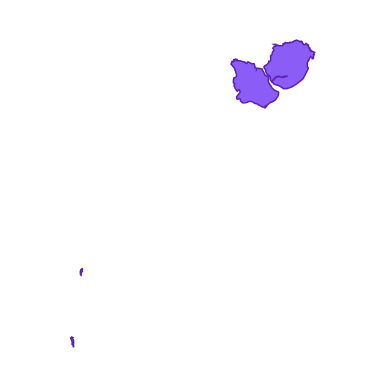 Yangon (South), Yangon, Myanmar, rotated 349°
{"feature_id": "60261553B83294236469928", "entity_name": "Yangon (South)", "entity_type": "district", "adm_level": 2, "iso_a3": "MMR", "parent_name": "Myanmar", "parent_adm1": "Yangon", "projection": "mercator", "projection_center": [96.21, 15.522], "detail": "fine", "context": "isolated", "style": "filled", "palette": "violet", "viewbox_px": 384, "rotation_deg": 349, "n_neighbors": 0, "source": "geoboundaries", "source_scale": "gbopen_adm2", "svg_char_len": 5631}
<svg xmlns="http://www.w3.org/2000/svg" viewBox="0 0 384 384"><g transform="rotate(349 192 192)"><path d="M300.4,62.7L300.7,63.0L301.9,63.3L302.1,63.5L302.3,64.1L302.2,64.5L301.7,64.9L300.3,64.9L299.9,65.3L299.2,65.8L299.0,66.0L298.8,66.5L299.4,67.8L299.4,68.2L299.4,68.6L299.2,68.8L298.3,69.4L297.7,70.1L297.3,70.8L297.4,71.2L297.0,72.0L296.2,72.7L295.1,73.4L295.0,73.6L295.0,74.2L294.8,76.0L294.5,77.5L294.0,78.2L293.7,78.3L292.9,78.5L292.3,78.3L292.2,79.0L291.8,79.7L290.1,81.2L287.8,81.8L287.2,82.1L286.6,82.7L286.6,84.4L287.4,85.6L287.6,86.8L287.4,88.2L288.0,90.2L288.4,91.0L290.5,93.2L290.8,94.2L290.7,95.2L290.3,96.6L290.3,97.2L291.6,99.5L291.8,99.5L291.9,99.1L291.8,98.4L292.2,97.7L292.7,97.5L293.1,97.4L293.7,97.1L294.1,96.6L294.9,96.2L295.5,95.5L295.6,95.2L296.3,94.9L297.1,95.1L299.4,94.9L299.8,95.1L300.6,95.9L301.3,95.9L302.7,96.6L302.9,96.7L303.7,96.0L304.0,96.2L304.2,96.6L305.0,96.7L305.3,96.5L305.7,96.0L305.9,96.0L306.3,96.3L306.6,96.2L306.8,96.2L307.6,96.7L308.0,96.7L307.7,96.8L307.4,96.8L307.0,96.5L306.3,96.4L305.8,96.2L305.4,96.7L304.9,96.9L304.3,96.9L304.1,96.7L303.8,96.2L303.7,96.2L303.1,96.8L302.8,96.9L302.6,96.8L301.2,96.0L300.6,96.1L300.3,95.9L299.5,95.2L298.5,95.2L297.5,95.4L296.3,95.2L295.6,95.6L295.4,95.9L295.3,96.4L295.0,96.6L294.3,96.7L293.7,97.4L292.3,98.0L292.1,98.5L292.2,100.0L292.5,101.2L292.6,101.4L293.8,102.1L294.7,102.8L297.1,103.8L297.3,104.2L298.0,104.4L300.1,106.6L300.7,106.9L301.4,108.0L302.5,108.4L304.0,108.3L304.7,108.7L306.6,108.4L309.3,108.1L311.7,107.3L315.0,106.0L316.5,105.3L320.3,103.3L322.6,102.0L323.4,101.1L328.4,94.7L329.5,93.2L329.9,92.1L329.3,91.5L329.1,90.8L329.6,88.7L329.7,87.6L330.0,86.9L330.7,85.9L331.0,85.8L331.1,85.4L331.5,85.2L331.5,84.6L331.9,84.6L332.1,84.5L332.1,84.2L332.4,83.9L333.4,82.6L333.7,82.5L334.2,81.9L334.3,82.2L334.9,82.2L335.7,82.8L335.3,84.0L335.5,84.2L336.5,84.1L336.8,83.7L337.2,81.8L338.3,80.3L337.8,80.1L338.5,78.7L339.0,78.3L337.3,77.1L336.3,76.8L336.5,76.4L336.1,75.9L336.2,75.7L335.7,76.3L335.5,76.5L335.4,76.4L335.7,75.8L335.5,75.7L335.2,75.8L335.2,75.6L335.4,75.4L335.5,74.9L335.3,74.8L334.9,74.9L335.0,74.4L334.7,73.8L334.9,73.6L334.5,73.6L334.4,73.5L334.7,73.3L334.6,73.0L334.6,72.4L334.4,72.1L334.2,72.1L334.0,71.7L334.1,70.7L334.3,70.1L334.2,69.9L333.9,69.6L333.6,70.3L333.3,69.9L333.0,69.5L333.1,69.1L332.8,69.1L332.7,68.7L332.4,68.7L332.2,67.9L332.0,68.0L331.4,68.5L330.6,68.9L329.8,68.7L329.3,68.0L329.3,67.5L328.8,67.0L329.0,66.8L328.9,66.4L328.9,65.7L328.4,65.5L327.9,64.7L327.5,65.0L326.6,65.2L326.6,64.8L326.3,64.7L326.0,64.3L324.3,63.5L323.9,62.9L322.2,63.1L320.7,63.4L320.1,63.9L319.6,63.8L318.7,64.3L318.4,64.1L317.8,64.0L317.4,64.1L317.0,63.8L316.6,63.7L316.1,63.8L315.9,64.2L313.8,63.7L313.6,63.9L312.0,63.1L311.3,63.5L311.5,63.9L311.5,64.1L311.4,64.1L311.2,63.9L310.8,63.8L310.7,63.8L310.7,64.0L310.3,64.1L310.0,64.4L309.8,64.0L309.6,64.0L309.6,64.4L309.5,64.8L309.2,65.0L309.2,65.4L308.6,65.7L306.2,65.1L305.5,65.1L305.1,64.6L304.4,64.5L304.2,64.1L303.2,64.5L302.7,64.4L302.7,63.4L302.6,63.0L302.0,63.0L300.4,62.7ZM254.4,106.6L254.0,107.0L253.8,107.6L253.8,108.7L253.9,109.1L254.3,109.5L254.6,109.7L255.0,109.7L255.6,109.4L255.9,109.6L256.5,109.5L257.1,109.9L257.3,110.5L257.2,111.1L257.0,111.5L256.9,111.8L257.4,112.6L257.8,112.9L258.0,113.3L258.1,113.7L258.9,114.2L259.8,114.4L261.0,114.6L262.5,114.6L264.8,114.1L266.6,114.2L267.5,114.5L268.0,114.8L268.7,115.1L269.3,115.6L269.9,116.5L271.8,117.6L273.3,118.3L273.7,118.7L273.7,119.2L274.9,119.8L276.9,121.7L277.9,122.2L278.3,122.3L279.5,122.2L281.5,121.3L282.4,120.8L283.1,120.6L285.7,119.2L287.9,118.8L289.5,118.4L291.0,117.7L292.7,116.5L293.5,115.3L294.3,114.9L294.6,114.2L294.8,113.8L295.2,113.4L295.3,113.0L295.7,112.3L295.8,111.8L295.8,111.5L296.0,111.0L296.0,110.4L295.7,110.1L292.3,107.8L290.8,105.7L290.3,104.8L289.5,102.6L289.0,101.6L288.4,99.9L288.0,98.3L288.0,97.5L288.3,96.3L289.0,95.0L289.0,94.1L288.9,93.3L288.6,93.0L287.5,92.6L287.0,92.1L286.1,91.2L285.8,90.7L285.4,88.7L284.5,85.9L284.4,85.4L284.5,84.9L282.6,83.9L279.9,83.0L279.6,83.0L278.6,84.1L278.7,83.6L279.3,83.0L278.4,82.6L278.2,82.3L278.0,81.8L277.4,81.7L277.7,80.1L277.5,78.1L277.3,78.0L276.7,77.7L275.8,77.6L274.4,77.0L273.8,76.4L272.2,75.2L271.4,75.0L271.0,75.1L270.6,76.2L270.3,76.3L270.1,76.2L269.7,75.9L268.8,75.4L269.0,75.1L269.0,74.9L268.8,74.7L268.1,74.2L266.7,74.0L266.2,73.3L265.3,73.1L264.3,72.3L263.8,72.4L263.4,72.4L263.0,72.1L262.2,72.1L261.9,71.8L261.5,71.8L261.1,71.5L261.7,71.0L261.7,70.6L260.4,70.3L260.2,69.8L259.8,69.8L259.3,70.3L259.0,70.2L258.3,70.1L258.3,70.4L258.5,71.1L258.8,70.9L258.9,70.7L259.2,70.9L259.3,71.0L258.9,71.5L258.4,71.7L257.9,71.7L257.4,71.4L257.0,71.4L257.1,71.8L256.9,72.1L256.7,72.0L255.9,71.8L255.8,72.2L255.0,73.2L254.7,74.1L255.3,74.9L255.7,75.6L255.8,76.0L257.1,78.1L257.7,79.7L257.5,80.1L257.5,81.0L257.8,81.9L257.9,84.1L258.3,85.0L258.1,85.4L257.7,86.9L257.3,87.3L256.6,87.8L255.9,88.0L255.1,87.9L254.4,89.0L253.7,91.3L253.5,92.8L254.1,93.3L254.6,94.0L253.7,95.1L253.6,96.5L254.0,97.2L254.1,98.3L254.9,100.5L255.7,101.8L256.2,101.6L256.7,100.8L257.2,100.6L257.9,100.7L258.2,101.6L258.1,101.8L258.4,102.5L258.5,102.9L258.3,103.2L254.4,106.6ZM46.4,321.2L46.5,319.1L47.1,317.2L47.4,314.5L46.8,313.4L46.5,312.8L47.4,312.2L46.3,311.4L45.0,312.1L45.9,316.6L45.3,317.9L45.2,318.7L45.8,319.2L46.0,321.3L46.4,321.2ZM67.3,251.7L68.3,249.6L69.2,249.1L69.5,247.3L69.8,246.6L69.5,246.2L68.0,247.1L67.1,249.0L66.8,251.5L66.9,252.2L67.2,252.5L67.3,251.7ZM279.9,123.4L280.3,123.2L280.5,122.4L281.9,121.8L282.0,121.6L281.7,121.5L280.9,121.8L279.3,122.7L279.3,123.1L279.5,123.3L279.9,123.4Z" fill="#8b5cf6" stroke="#5b21b6" stroke-width="1.5"/></g></svg>